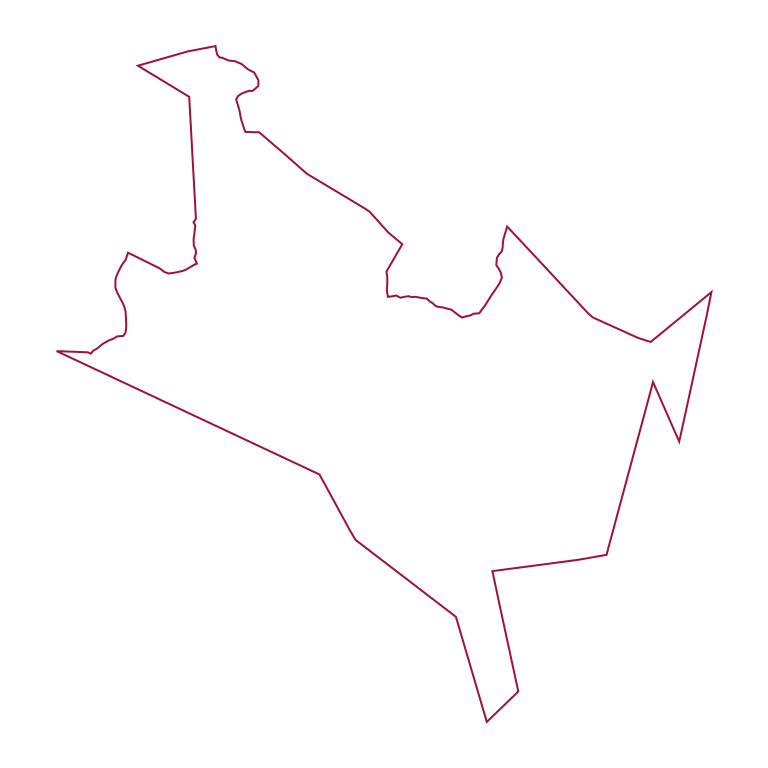 the district of São João do Piauí, Piauí, Brazil
{"feature_id": "56859067B41034930861152", "entity_name": "São João do Piauí", "entity_type": "district", "adm_level": 2, "iso_a3": "BRA", "parent_name": "Brazil", "parent_adm1": "Piauí", "projection": "equal_earth", "projection_center": [-42.318, -8.328], "detail": "fine", "context": "isolated", "style": "outline", "palette": "rose", "viewbox_px": 768, "rotation_deg": 0, "n_neighbors": 0, "source": "geoboundaries", "source_scale": "gbopen_adm2", "svg_char_len": 1973}
<svg xmlns="http://www.w3.org/2000/svg" viewBox="0 0 768 768"><path d="M711.4,292.1L650.6,342.0L637.8,337.8L608.8,324.7L592.9,317.5L587.9,313.1L523.9,244.4L507.1,226.5L505.5,232.1L503.4,239.0L502.8,244.0L502.6,247.9L501.7,251.5L498.7,254.8L496.9,257.9L496.3,265.0L498.7,268.7L500.8,272.5L501.9,277.5L499.9,282.6L497.5,286.4L494.9,290.3L491.9,294.5L488.2,300.4L484.6,306.1L481.9,309.6L479.2,313.3L473.5,313.7L470.2,315.5L466.1,316.3L462.1,317.5L458.7,315.4L455.5,312.9L451.3,309.6L447.9,308.8L442.3,307.3L438.6,307.0L435.4,305.9L432.9,303.4L429.5,301.2L426.9,298.6L423.3,298.2L419.1,297.5L414.9,296.8L411.6,297.1L408.4,296.2L404.5,296.8L400.5,297.7L396.1,295.5L392.4,296.3L387.9,296.8L386.8,290.7L387.3,283.8L387.3,277.0L386.4,271.7L402.3,244.2L388.6,232.8L378.7,221.8L369.5,211.6L365.2,208.7L327.5,186.1L307.4,174.1L301.7,169.2L287.2,156.4L280.4,150.5L259.2,132.3L245.3,131.9L243.7,127.3L241.5,120.6L240.6,116.8L239.3,109.8L236.2,99.6L237.7,96.4L240.9,94.0L244.8,92.2L248.8,90.9L252.7,90.9L258.3,85.9L258.4,80.2L254.2,72.5L248.0,69.4L241.8,64.1L234.7,61.1L228.7,60.6L222.4,57.8L219.6,57.4L217.2,54.6L216.0,49.8L215.5,46.1L187.8,51.4L137.9,65.7L189.2,96.8L195.0,202.0L195.9,219.0L193.5,222.3L195.3,225.4L194.3,234.3L193.6,239.0L193.8,245.9L195.5,249.1L196.1,253.0L194.4,257.6L196.9,263.6L193.6,265.1L185.9,269.7L182.6,270.9L177.6,272.1L174.5,272.7L168.6,273.5L164.3,271.9L159.6,268.3L128.0,252.7L125.6,260.0L123.5,262.6L121.5,265.6L118.1,272.3L116.5,276.0L115.4,279.6L115.4,287.7L116.9,291.9L120.0,298.0L122.6,302.8L124.4,307.0L125.5,311.3L125.9,317.2L126.2,323.6L126.2,327.6L125.6,332.4L123.4,335.9L117.2,336.4L113.4,338.7L108.6,340.5L102.5,344.0L97.4,348.3L93.0,350.9L90.8,353.7L87.8,352.3L56.6,351.1L319.5,474.5L345.1,521.5L349.5,529.6L355.4,539.8L455.9,616.8L486.8,721.9L518.3,691.5L500.0,606.9L492.4,571.1L578.9,559.7L606.5,554.8L627.5,476.9L648.2,400.1L653.0,382.0L679.2,441.6L683.9,420.3L706.4,316.9L711.4,292.1Z" fill="none" stroke="#9f1239" stroke-width="2"/></svg>